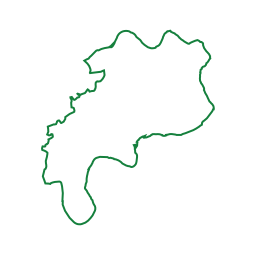 Ashmun, Al Minufiyah, Egypt, rotated 278°
{"feature_id": "37247803B18007255516355", "entity_name": "Ashmun", "entity_type": "district", "adm_level": 2, "iso_a3": "EGY", "parent_name": "Egypt", "parent_adm1": "Al Minufiyah", "projection": "robinson", "projection_center": [30.999, 30.299], "detail": "fine", "context": "isolated", "style": "outline", "palette": "green", "viewbox_px": 256, "rotation_deg": 278, "n_neighbors": 0, "source": "geoboundaries", "source_scale": "gbopen_adm2", "svg_char_len": 5836}
<svg xmlns="http://www.w3.org/2000/svg" viewBox="0 0 256 256"><g transform="rotate(278 128 128)"><path d="M140.6,69.2L140.6,70.0L140.3,71.3L140.1,71.6L137.9,72.5L136.6,72.5L136.1,71.9L135.6,71.1L133.8,68.3L130.1,64.4L128.2,64.6L125.3,63.4L123.7,61.3L123.7,60.9L125.8,58.9L125.7,57.9L124.6,56.8L123.9,56.8L121.8,56.2L121.3,54.8L121.2,53.9L118.2,48.4L115.8,49.1L113.2,49.6L110.3,48.9L109.7,50.8L110.2,52.3L110.9,52.5L111.3,53.1L111.2,54.0L109.4,54.7L108.7,54.7L107.4,53.5L105.6,50.8L104.5,51.2L101.8,50.9L100.7,50.0L100.7,49.6L99.6,48.6L98.3,48.6L98.0,48.0L97.9,46.0L96.0,45.7L94.4,46.1L94.2,46.8L94.1,47.7L93.7,49.0L93.3,50.1L92.8,50.9L92.4,51.6L91.3,51.8L88.1,51.7L83.9,51.2L81.5,51.7L80.0,52.2L78.2,52.5L76.2,52.1L75.3,51.1L68.3,50.4L64.4,52.5L61.6,53.9L61.9,57.3L61.8,58.8L62.8,59.5L63.7,61.3L64.4,63.1L65.3,67.0L65.4,67.6L65.3,68.2L65.1,68.7L64.8,69.1L64.2,69.6L61.1,70.8L54.5,72.5L46.5,73.2L46.5,73.6L43.0,74.0L37.2,77.2L30.9,82.7L27.2,87.6L26.5,88.9L26.0,90.4L25.8,91.9L25.9,93.4L26.1,94.5L26.5,95.6L28.4,99.0L30.7,101.4L33.7,103.5L36.5,105.1L41.6,106.8L43.1,106.9L44.6,106.7L45.9,106.2L48.3,104.3L50.1,103.4L51.5,102.9L52.0,102.2L52.5,101.6L53.2,101.2L54.2,100.8L54.6,100.4L54.9,99.9L56.7,98.6L58.4,97.0L60.0,96.0L60.6,95.4L61.7,94.2L62.2,93.8L62.8,93.7L63.5,93.7L64.8,94.0L65.8,93.9L66.4,94.0L67.1,94.0L68.0,94.3L69.0,94.5L72.0,94.1L74.7,94.1L76.6,94.3L78.7,94.4L81.6,95.1L81.6,94.6L83.0,95.1L86.0,96.8L87.0,97.1L88.1,97.6L89.3,97.8L90.7,98.3L92.0,98.9L92.9,99.6L93.5,100.2L94.0,100.9L95.5,104.2L96.3,111.8L95.9,112.6L95.7,113.3L95.8,114.1L96.1,114.7L96.0,115.7L95.7,118.1L95.4,118.3L95.2,118.7L95.3,119.3L95.2,120.6L94.9,121.8L94.6,123.1L94.1,124.2L93.5,125.5L92.8,126.5L92.1,127.3L90.6,131.4L90.3,133.2L90.3,135.1L90.0,135.8L89.9,136.4L89.9,137.2L90.3,138.1L90.8,138.9L91.6,139.6L92.4,140.2L93.3,140.7L94.6,141.0L96.2,141.1L100.5,141.0L102.0,140.8L102.9,140.4L103.8,139.7L104.5,138.6L106.4,138.2L107.1,138.1L107.5,137.9L107.9,137.7L108.9,137.6L109.8,137.4L110.9,136.9L111.9,136.2L112.1,136.8L112.3,137.4L111.8,137.5L111.3,137.5L111.2,137.6L111.4,137.8L111.9,137.9L111.9,138.1L110.8,138.3L110.9,138.6L110.1,138.7L110.3,138.8L110.8,139.0L111.5,139.4L112.6,139.5L113.2,139.3L113.7,139.3L114.3,139.2L114.7,139.4L115.1,139.3L115.6,139.1L115.6,138.9L115.6,138.7L116.1,138.9L117.2,139.5L117.4,139.9L117.6,140.2L118.3,140.4L119.7,141.3L120.9,142.8L121.6,143.7L122.0,144.9L122.6,145.9L121.3,145.4L121.1,145.0L121.0,144.6L120.7,144.7L120.6,144.9L120.7,145.6L121.0,146.4L121.1,147.1L121.3,147.7L122.6,149.9L123.1,150.9L123.6,151.4L124.2,151.8L124.4,152.2L124.8,152.5L124.9,152.9L125.3,153.2L125.6,154.8L125.7,156.4L126.1,158.4L126.2,160.4L125.9,161.7L125.8,162.9L125.3,163.1L125.2,164.0L125.2,164.7L125.5,165.9L126.0,166.9L126.5,166.7L127.0,168.4L127.7,170.1L127.9,170.8L128.1,172.2L128.1,173.7L128.1,175.3L128.1,176.0L127.9,177.0L128.4,180.9L128.6,181.7L128.9,182.1L129.3,182.5L129.7,183.1L130.8,185.5L135.0,193.0L137.1,195.8L138.1,196.9L138.9,197.9L140.5,199.4L141.5,200.7L142.9,200.6L143.7,200.7L144.4,201.0L145.2,201.6L145.8,202.3L148.6,204.8L156.3,209.1L158.4,209.7L158.5,209.7L158.6,209.8L157.6,210.1L158.6,210.3L159.5,210.2L160.9,209.8L161.8,209.4L163.3,208.1L164.0,207.0L164.9,206.1L165.6,205.0L169.3,202.6L170.8,201.7L173.4,199.6L175.0,198.7L176.2,197.9L177.2,198.0L178.5,197.5L181.4,195.4L181.9,194.9L182.3,194.3L183.2,193.9L184.8,192.8L187.1,192.3L189.0,192.2L190.8,191.9L192.7,192.2L192.9,192.1L193.0,191.8L193.2,191.7L194.4,191.9L195.7,191.8L196.1,192.2L196.6,192.7L197.6,192.7L197.7,192.9L197.9,193.1L198.5,193.2L198.9,193.5L199.3,194.1L199.6,194.9L199.9,195.4L201.0,196.2L201.5,196.4L201.9,196.4L202.5,196.6L203.1,196.6L203.6,197.2L204.3,197.7L205.9,198.5L207.3,199.0L208.3,199.8L209.4,199.4L210.6,199.3L211.3,198.7L212.2,198.2L214.0,196.1L214.9,194.9L217.7,192.3L220.3,190.9L222.3,190.5L223.4,188.8L223.2,187.6L223.8,186.9L224.2,186.2L224.5,185.3L224.7,184.5L223.7,182.3L222.4,180.1L221.8,179.1L221.0,177.9L220.0,176.9L219.9,176.2L220.0,175.4L221.0,172.9L221.6,171.5L222.5,170.0L222.8,169.2L223.2,168.3L224.2,167.0L224.5,166.3L225.0,165.9L226.4,164.3L227.1,162.7L227.6,161.7L228.2,161.0L228.6,159.2L229.2,157.4L229.3,157.1L229.7,156.9L230.1,156.5L230.2,156.4L230.1,156.1L229.8,155.3L229.4,154.5L229.4,153.9L229.1,153.4L228.7,153.0L228.1,152.9L227.4,152.0L226.5,151.2L225.8,150.9L224.3,150.5L223.3,150.1L221.6,149.9L217.1,148.6L215.0,147.7L214.2,147.1L213.7,146.6L212.4,144.6L211.9,144.3L211.3,144.1L210.8,142.9L210.5,141.8L210.3,140.8L210.2,139.8L210.4,138.3L210.8,136.3L211.3,135.4L211.8,134.4L212.6,132.8L214.4,130.1L215.2,129.4L216.2,128.5L216.9,127.8L217.3,127.1L219.3,123.7L220.2,123.0L221.1,122.2L222.0,121.0L222.5,119.9L222.9,118.8L223.0,117.5L223.5,116.6L223.9,115.6L224.0,114.2L223.9,112.6L223.6,111.2L223.1,109.8L222.3,108.4L221.5,107.4L220.6,106.5L219.5,105.7L218.0,105.0L216.9,104.6L215.9,104.5L211.8,103.1L209.8,102.7L207.2,101.6L206.0,100.7L205.7,100.3L205.6,99.3L205.4,98.4L203.9,93.8L203.0,91.7L202.5,90.6L201.7,89.4L200.8,88.1L200.8,87.5L200.8,87.0L200.6,86.6L200.3,86.0L199.8,85.5L194.5,81.6L193.0,80.3L191.2,79.3L190.2,77.5L188.6,75.4L186.1,78.9L184.0,80.9L181.6,82.3L180.1,82.9L178.8,82.8L177.9,82.6L177.3,82.6L177.1,82.8L179.9,93.3L181.3,95.4L181.7,96.2L177.2,97.4L175.6,97.1L173.2,96.1L171.4,94.9L170.5,94.2L169.9,92.3L169.9,91.0L168.6,89.8L167.0,89.8L164.4,90.3L162.4,90.2L161.8,89.8L161.1,89.8L160.0,89.0L159.5,86.8L158.7,84.9L160.2,83.6L160.6,82.7L159.3,81.9L159.0,81.9L156.6,80.5L154.9,77.1L154.3,76.5L154.5,75.8L155.0,73.4L154.8,73.2L154.2,73.9L153.6,75.2L152.9,75.5L152.2,75.5L151.6,75.1L151.1,73.6L150.0,72.8L148.8,71.7L148.4,70.9L148.6,70.4L149.4,69.5L150.9,68.0L150.4,66.7L149.5,67.0L148.2,68.1L146.9,68.4L146.3,68.4L145.4,68.2L144.1,68.4L140.6,69.2ZM207.7,101.3L209.3,101.4L206.8,99.6L206.3,99.0L206.0,99.7L206.8,100.8L207.7,101.3Z" fill="none" stroke="#15803d" stroke-width="2"/></g></svg>